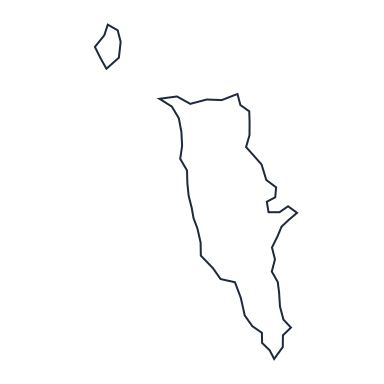 the district of Fernando de Noronha, Rio Grande do Norte, Brazil, rotated 281°
{"feature_id": "56859067B68153873864864", "entity_name": "Fernando de Noronha", "entity_type": "district", "adm_level": 2, "iso_a3": "BRA", "parent_name": "Brazil", "parent_adm1": "Rio Grande do Norte", "projection": "mercator", "projection_center": [-32.422, -3.844], "detail": "fine", "context": "isolated", "style": "outline", "palette": "slate", "viewbox_px": 384, "rotation_deg": 281, "n_neighbors": 0, "source": "geoboundaries", "source_scale": "gbopen_adm2", "svg_char_len": 950}
<svg xmlns="http://www.w3.org/2000/svg" viewBox="0 0 384 384"><g transform="rotate(281 192 192)"><path d="M272.0,235.1L282.1,232.8L286.6,222.9L296.9,217.9L287.9,203.7L285.6,188.8L278.2,173.5L282.9,159.0L277.3,142.3L272.0,155.9L261.9,165.0L248.7,170.2L235.3,173.5L222.3,174.1L212.2,183.0L200.0,185.7L187.7,189.4L176.7,194.6L166.6,198.5L157.2,204.3L144.0,210.1L131.2,212.8L121.3,227.0L112.0,236.7L111.6,251.4L97.4,260.1L80.9,267.3L71.8,276.8L67.1,287.5L57.2,289.6L51.4,298.5L43.8,304.5L57.2,310.7L68.7,308.6L77.8,315.0L84.2,306.1L96.4,300.2L110.2,296.6L120.1,293.3L129.1,285.5L141.7,286.3L152.8,281.1L165.2,284.5L175.1,286.5L183.1,292.3L191.6,299.1L196.3,289.0L188.9,281.8L186.8,271.0L196.7,267.3L202.7,274.7L212.6,273.7L218.0,262.6L232.2,255.1L240.6,244.2L246.4,236.5L258.8,237.6L272.0,235.1ZM325.8,93.3L336.5,88.2L340.2,77.4L329.1,76.0L315.9,69.0L306.2,76.4L296.7,84.5L309.9,94.6L325.8,93.3Z" fill="none" stroke="#1e293b" stroke-width="2"/></g></svg>